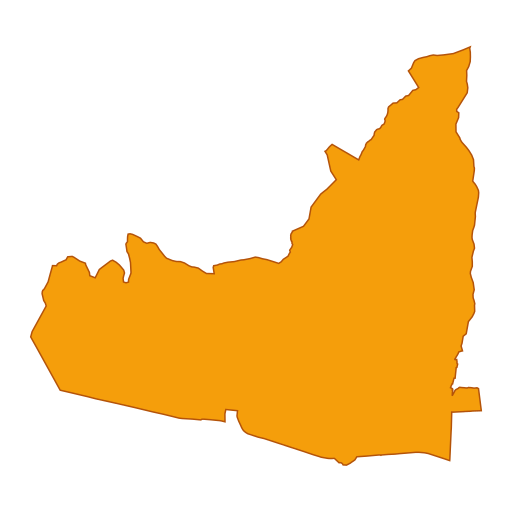 Lugasu De Jos, Bihor, Romania (orthographic projection)
{"feature_id": "2599482B52490919803078", "entity_name": "Lugasu De Jos", "entity_type": "district", "adm_level": 2, "iso_a3": "ROU", "parent_name": "Romania", "parent_adm1": "Bihor", "projection": "orthographic", "projection_center": [22.33, 47.093], "detail": "fine", "context": "isolated", "style": "filled", "palette": "amber", "viewbox_px": 512, "rotation_deg": 0, "n_neighbors": 0, "source": "geoboundaries", "source_scale": "gbopen_adm2", "svg_char_len": 5469}
<svg xmlns="http://www.w3.org/2000/svg" viewBox="0 0 512 512"><path d="M449.7,460.6L449.8,459.6L450.0,455.3L451.1,431.2L451.3,428.1L451.7,413.0L451.7,412.1L452.2,412.1L453.9,412.1L457.5,411.9L463.8,411.6L464.6,411.5L469.1,411.3L469.7,411.3L471.8,411.1L472.6,411.0L481.3,410.7L478.5,388.6L478.1,388.5L477.7,388.1L477.2,388.1L477.2,387.9L476.8,387.8L474.7,388.1L473.9,388.1L471.3,387.7L470.5,387.6L469.7,387.7L468.9,387.4L467.2,388.0L465.4,387.9L464.1,387.7L462.2,387.6L459.7,387.3L459.0,387.6L458.4,388.3L455.9,389.6L455.0,390.5L454.0,392.5L453.1,394.1L452.2,395.8L452.4,392.5L452.5,391.7L452.8,390.0L452.2,389.9L452.5,388.8L451.5,388.1L450.5,387.7L451.1,386.1L451.5,385.2L451.9,384.4L452.2,383.7L452.6,383.8L454.0,378.2L455.1,378.2L456.2,367.6L456.9,367.4L457.3,365.5L457.6,364.6L457.6,364.1L457.4,364.1L457.1,363.7L457.0,363.2L457.0,362.6L457.0,361.6L456.7,359.5L455.5,359.7L454.9,359.5L454.8,359.2L457.7,354.4L458.3,353.2L458.7,352.0L459.6,351.7L461.0,351.2L462.5,350.9L461.1,346.0L462.0,343.3L463.2,336.2L466.2,333.8L468.4,321.6L472.2,316.8L473.9,313.5L474.7,311.3L474.5,305.3L474.8,303.7L474.0,300.4L473.4,298.7L473.1,297.4L473.0,294.3L474.2,289.8L473.2,282.6L471.3,277.4L470.3,273.5L470.5,271.3L472.3,266.3L472.3,261.8L471.9,257.3L473.4,251.1L474.5,248.2L474.0,244.1L472.4,239.9L472.1,238.5L472.0,237.3L472.1,235.0L472.7,230.5L473.7,227.8L474.5,225.2L474.6,224.2L475.4,216.6L475.2,213.1L475.3,212.2L478.4,197.1L478.7,192.7L478.4,190.4L476.7,186.7L475.1,184.1L472.7,181.2L474.3,170.5L474.4,168.1L473.9,166.5L473.5,159.7L471.7,155.1L468.9,150.6L466.3,147.2L463.5,144.1L461.9,142.3L461.2,141.2L460.2,139.4L459.8,137.9L456.0,131.8L455.9,124.1L458.6,117.6L458.8,112.8L456.7,111.4L456.7,109.2L458.0,107.5L467.2,92.8L467.8,87.8L467.3,84.2L466.5,81.4L466.8,75.3L466.6,70.5L468.7,66.6L470.2,61.6L470.4,57.0L470.3,52.0L470.1,51.1L470.0,50.2L469.7,48.4L469.9,47.8L470.2,46.9L463.6,49.7L453.3,53.6L443.7,54.9L440.4,55.2L437.2,55.5L433.3,55.0L429.8,55.7L426.9,56.7L423.3,57.4L418.5,58.7L415.0,60.6L413.7,62.6L411.4,68.2L408.4,70.9L418.7,87.5L415.8,89.7L412.8,90.4L408.6,95.5L405.7,96.1L402.5,99.4L400.1,99.8L396.8,102.9L393.1,103.1L388.6,106.9L388.0,108.5L388.0,109.7L388.0,110.7L387.8,112.6L387.3,114.4L386.5,116.2L384.9,118.5L384.7,119.2L385.2,120.9L384.7,122.5L384.1,124.0L382.0,125.3L381.4,126.2L380.9,127.2L380.0,128.3L379.2,128.8L378.3,129.0L377.6,129.2L376.6,129.7L375.4,131.2L374.7,132.0L374.3,133.6L374.0,135.6L373.5,136.1L371.5,139.1L370.9,139.8L370.4,139.9L368.0,141.9L367.7,141.9L367.1,142.6L366.4,143.2L366.2,143.9L365.7,144.7L365.4,146.7L363.2,150.5L362.3,151.5L361.1,154.5L359.8,156.9L359.6,157.5L358.7,159.9L332.1,144.4L330.4,145.9L329.1,147.2L327.5,149.2L326.2,150.7L325.0,151.3L327.2,154.9L330.8,171.1L336.3,179.7L326.9,189.2L324.2,191.3L320.7,194.1L311.1,207.1L309.0,218.9L305.6,223.5L303.5,226.3L296.5,229.4L292.4,231.2L292.5,231.6L291.8,232.8L291.1,233.8L290.7,235.3L290.8,236.4L290.7,237.5L290.9,238.3L290.7,238.8L291.1,240.3L291.3,240.5L291.6,241.0L291.5,241.3L291.9,241.7L292.0,242.7L292.0,243.4L292.7,244.6L291.7,247.3L289.7,250.2L290.3,252.1L289.4,253.4L288.7,254.8L288.1,256.1L286.4,257.3L283.3,259.3L281.2,261.8L278.7,263.4L273.5,261.7L266.8,259.6L262.6,258.8L258.5,257.6L255.3,257.1L250.0,258.6L243.7,259.8L241.0,260.0L234.3,261.6L227.9,262.2L223.9,263.0L221.8,263.8L219.8,264.0L217.2,265.1L213.7,265.7L213.2,267.4L214.2,273.7L206.4,273.5L203.8,271.9L202.6,271.2L198.3,268.1L194.2,267.1L191.8,266.9L189.0,265.8L184.5,263.0L180.4,261.6L176.3,261.5L172.4,260.6L169.6,259.5L168.5,259.0L166.6,258.3L164.7,256.4L161.4,252.2L159.3,249.6L157.5,246.4L155.9,244.1L153.7,243.0L150.2,242.4L146.8,243.3L143.4,241.8L140.5,238.2L137.4,236.6L132.6,234.4L130.1,233.8L128.1,234.1L127.6,236.7L127.5,239.1L127.5,241.6L127.0,242.4L126.5,242.9L125.9,244.1L127.0,251.6L128.5,254.0L129.6,258.2L130.5,262.6L130.8,268.4L131.0,272.5L130.8,273.7L128.6,279.4L128.5,282.1L126.0,282.8L123.5,282.0L123.1,278.3L123.6,276.1L124.5,273.0L123.7,270.1L121.3,267.2L119.4,265.0L116.2,262.3L112.6,260.2L110.5,261.0L107.6,263.2L101.6,267.7L99.3,269.5L97.7,272.8L95.2,277.8L89.8,275.7L89.4,272.4L85.7,264.8L85.4,263.2L79.8,261.1L74.0,257.3L72.2,256.4L67.7,256.8L66.0,259.9L64.7,260.4L60.9,262.2L59.1,262.8L57.4,264.1L56.8,265.2L56.6,265.7L52.5,265.6L52.4,266.2L50.2,274.1L48.1,281.9L44.7,288.2L43.6,289.8L42.8,290.3L42.3,291.7L42.1,293.7L43.7,300.5L45.3,303.1L46.2,306.0L32.2,331.5L31.9,332.5L30.7,336.9L37.4,348.9L60.2,390.2L72.6,393.1L87.8,396.7L95.1,398.6L97.7,399.2L112.2,402.4L135.0,407.6L152.8,411.9L162.8,414.1L172.6,416.5L179.0,418.1L182.1,418.5L192.5,419.1L200.9,419.9L201.4,419.5L202.0,419.2L204.0,419.2L210.3,419.7L214.4,420.1L218.5,420.5L219.6,420.6L221.4,420.9L222.5,421.2L223.1,421.3L224.5,421.7L225.0,421.8L224.9,413.9L225.8,409.5L237.5,410.7L237.0,415.9L237.2,417.1L238.7,421.1L240.8,425.6L241.6,427.5L242.5,429.1L243.5,430.6L245.5,432.3L247.7,433.7L258.0,437.1L264.3,438.6L276.2,442.5L290.2,447.1L303.8,451.5L312.3,454.4L313.5,454.8L319.1,456.5L321.1,457.2L322.8,457.5L328.0,458.4L329.8,458.5L332.2,458.5L333.3,458.4L334.4,458.4L335.7,459.6L339.1,462.8L339.8,462.6L341.4,462.9L342.5,463.8L343.1,464.9L346.5,465.1L350.2,463.2L351.5,462.2L352.9,461.3L354.9,459.9L355.9,458.3L356.8,456.8L357.8,456.7L366.5,456.1L378.6,455.0L380.8,455.0L380.9,455.3L381.0,455.3L381.2,455.0L384.8,454.7L388.4,454.4L395.0,454.1L399.8,453.6L409.8,452.8L415.7,452.3L417.2,452.3L418.9,452.3L424.6,452.8L428.2,453.5L444.7,458.9L449.7,460.6Z" fill="#f59e0b" stroke="#b45309" stroke-width="1.5"/></svg>